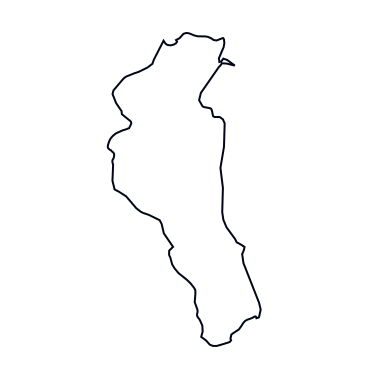 map outline of Atlántida (Equal Earth projection), rotated 75°
{"feature_id": "HND-637", "entity_name": "Atlántida", "entity_type": "Department", "adm_level": 1, "iso_a3": "HND", "parent_name": "Honduras", "parent_adm1": "", "projection": "equal_earth", "projection_center": [-87.125, 15.681], "detail": "fine", "context": "isolated", "style": "outline", "palette": "ink", "viewbox_px": 384, "rotation_deg": 75, "n_neighbors": 0, "source": "natural_earth", "source_scale": "10m", "svg_char_len": 2085}
<svg xmlns="http://www.w3.org/2000/svg" viewBox="0 0 384 384"><g transform="rotate(75 192 192)"><path d="M51.3,122.2L52.7,121.6L56.5,122.2L60.2,123.9L69.8,131.4L73.5,131.9L73.5,130.0L71.3,127.2L73.5,123.9L81.0,117.9L76.9,125.3L75.4,129.8L77.2,131.9L78.4,133.9L98.6,157.8L105.2,161.4L112.1,159.6L113.3,158.0L115.5,153.3L116.6,151.9L118.6,151.7L124.3,152.0L125.4,150.8L126.7,145.9L129.9,143.3L134.2,142.7L156.6,149.4L176.1,158.3L196.1,161.1L219.2,168.0L226.9,168.9L235.1,167.8L248.4,162.6L252.3,161.8L252.9,161.0L256.5,157.3L257.3,156.8L258.5,155.5L261.2,156.7L263.8,158.6L264.8,159.6L274.0,160.7L316.3,155.9L323.4,156.1L330.1,159.6L330.5,160.0L330.6,162.4L329.0,162.5L328.7,162.8L328.5,163.4L328.7,164.5L329.1,166.0L329.4,167.8L329.7,171.9L330.4,174.3L331.8,176.4L334.9,179.8L336.9,182.3L339.3,189.5L340.0,191.0L342.0,191.9L343.2,192.7L344.0,192.8L345.4,192.6L346.1,193.6L346.7,194.6L347.0,201.3L347.1,207.8L346.1,211.6L344.1,214.3L339.0,216.9L334.3,220.6L329.5,217.8L323.6,216.6L318.1,217.5L316.5,217.9L315.1,218.6L313.3,219.1L311.4,218.8L309.2,217.6L307.0,217.2L299.1,217.9L291.3,215.1L287.6,214.2L285.1,214.8L280.4,216.8L275.9,219.4L266.9,226.0L261.5,228.5L256.8,229.9L250.0,229.9L246.8,230.4L242.7,229.2L240.1,224.5L224.7,229.9L214.9,229.6L210.9,230.5L202.8,239.8L199.3,245.0L197.2,247.1L193.3,250.0L179.2,256.7L172.6,262.7L170.4,265.2L169.4,266.1L160.5,265.9L145.1,261.1L142.8,261.2L140.8,260.7L138.8,258.8L136.3,257.6L134.7,257.4L133.3,257.9L132.1,258.9L130.8,259.4L129.9,260.5L128.6,261.3L127.6,261.8L126.2,261.5L125.1,261.1L121.9,259.1L120.0,257.5L118.7,256.1L117.1,253.5L115.7,250.3L114.5,243.0L114.4,239.3L114.0,236.2L110.3,233.0L108.3,232.8L107.2,233.4L98.7,239.6L95.6,239.1L86.5,242.3L76.8,243.4L73.5,241.5L64.9,229.1L64.2,227.6L63.5,225.8L62.4,216.9L62.2,212.6L60.2,202.6L57.9,197.0L54.3,194.6L38.5,180.3L41.6,179.3L43.5,177.8L44.8,174.9L44.9,171.6L44.2,168.9L42.9,167.5L41.1,168.1L40.2,164.2L37.0,159.3L36.9,156.2L38.1,153.6L41.5,149.1L43.1,146.1L45.1,139.1L46.3,136.4L48.7,133.5L50.8,131.8L52.0,129.0L51.3,122.2Z" fill="none" stroke="#020617" stroke-width="2"/></g></svg>